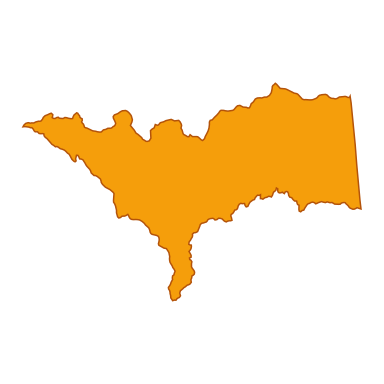 Encruzilhada, Bahia, Brazil (Robinson projection), rotated 180°
{"feature_id": "56859067B66592424293928", "entity_name": "Encruzilhada", "entity_type": "district", "adm_level": 2, "iso_a3": "BRA", "parent_name": "Brazil", "parent_adm1": "Bahia", "projection": "robinson", "projection_center": [-40.923, -15.536], "detail": "fine", "context": "isolated", "style": "filled", "palette": "amber", "viewbox_px": 384, "rotation_deg": 180, "n_neighbors": 0, "source": "geoboundaries", "source_scale": "gbopen_adm2", "svg_char_len": 6056}
<svg xmlns="http://www.w3.org/2000/svg" viewBox="0 0 384 384"><g transform="rotate(180 192 192)"><path d="M23.0,175.0L24.0,183.4L27.3,219.6L28.8,239.2L32.9,281.2L33.9,287.8L34.5,286.5L36.2,286.6L37.6,287.3L38.9,287.6L40.4,287.4L44.6,287.0L47.0,285.5L48.8,285.1L50.6,285.6L51.9,285.6L53.1,285.9L54.9,286.9L56.9,289.0L58.5,289.6L62.1,289.3L64.5,288.7L65.6,287.9L66.7,286.5L67.8,285.7L71.0,284.4L72.8,284.1L74.6,284.1L78.2,284.4L79.8,284.3L81.6,284.8L86.0,289.6L87.1,290.3L89.9,290.9L96.6,294.3L98.2,295.0L99.3,295.2L103.8,295.6L107.4,299.7L108.7,300.7L109.9,299.4L111.0,298.6L111.7,297.5L111.9,295.2L112.7,291.4L114.5,288.6L117.3,286.9L119.7,286.9L122.3,286.0L123.9,286.2L126.7,286.0L128.7,285.0L130.6,282.1L132.8,280.3L133.7,277.7L134.6,276.2L136.1,276.0L137.6,276.7L140.8,276.9L144.1,278.6L146.5,278.2L147.7,277.2L150.2,274.2L151.4,273.6L156.0,272.9L158.7,273.2L160.2,273.6L163.0,273.7L164.3,272.7L165.0,271.4L167.2,268.9L169.6,266.6L171.7,264.2L173.8,263.6L174.6,262.0L174.6,259.3L175.0,256.0L175.9,253.1L177.1,250.6L178.8,247.4L179.5,245.3L181.4,243.5L182.7,244.1L184.7,246.0L186.2,247.2L187.3,247.4L191.5,247.4L193.9,249.3L195.1,247.3L196.7,247.4L198.1,248.4L200.1,249.4L200.9,250.3L201.9,253.9L203.0,255.8L202.4,258.4L202.7,259.8L203.9,262.1L205.3,263.6L209.5,263.1L212.8,264.6L218.0,263.4L220.4,262.2L223.7,261.3L225.4,259.2L226.6,258.7L228.7,259.5L229.8,256.2L232.2,254.7L233.5,253.4L233.1,245.8L234.7,243.2L236.5,242.6L238.1,242.7L239.3,243.6L241.5,244.8L242.3,246.4L246.0,249.6L248.0,250.9L249.8,253.9L253.6,258.5L252.1,262.0L251.6,264.2L252.6,267.9L253.2,269.0L254.6,270.8L256.5,272.6L258.4,273.5L261.7,273.2L263.7,272.2L266.2,270.4L269.6,269.1L270.8,267.4L270.6,265.8L269.0,262.5L268.3,260.6L268.8,259.2L269.5,258.1L270.8,257.5L271.9,256.4L273.0,255.8L276.2,255.7L278.0,254.7L280.6,254.1L282.6,252.1L284.0,251.9L286.6,252.2L288.1,252.7L289.6,252.9L291.4,253.2L297.2,256.0L298.4,256.2L299.5,256.8L300.0,258.5L300.6,259.9L301.6,260.8L302.4,262.1L301.7,263.6L301.9,265.3L302.9,265.7L304.0,266.6L304.5,268.4L305.5,269.4L306.2,270.7L307.3,271.2L309.9,269.1L310.8,267.4L311.4,265.5L312.9,265.3L315.4,265.7L317.4,266.3L319.1,266.5L320.9,265.5L322.9,265.6L324.7,265.8L325.8,266.8L327.4,266.4L328.9,265.5L330.5,265.6L331.8,266.4L331.3,268.1L331.2,269.4L332.8,270.8L334.5,270.2L336.1,269.4L338.9,268.3L340.7,266.6L341.4,265.0L342.9,263.1L344.1,262.7L345.4,262.8L348.1,262.1L350.3,261.0L352.3,261.1L353.9,260.8L355.2,261.3L356.3,261.2L358.3,260.6L360.1,258.9L361.0,257.2L359.7,257.4L358.1,257.3L355.2,256.9L353.6,256.3L352.1,256.3L350.8,254.9L349.8,253.1L348.8,252.2L346.5,252.2L344.9,250.5L343.2,250.3L341.3,250.4L340.2,250.1L339.9,248.2L338.7,246.6L337.1,245.5L332.0,239.6L330.3,238.6L328.6,237.2L327.1,237.5L325.7,236.8L323.7,235.3L321.5,234.7L319.5,233.8L318.2,232.7L316.5,230.9L314.9,229.8L314.0,228.3L312.1,224.7L310.9,223.5L309.9,222.6L308.9,222.2L307.9,223.1L308.4,225.1L307.5,228.7L306.2,228.7L305.2,227.2L304.3,225.1L302.6,224.9L301.1,224.2L299.1,221.1L298.0,219.0L297.0,217.6L294.3,214.7L293.4,213.1L292.8,211.1L290.0,208.5L288.3,208.4L286.7,207.5L283.6,205.0L283.0,203.2L282.7,201.5L281.4,199.5L278.6,196.8L273.9,194.3L271.0,191.8L270.0,190.5L270.5,183.6L270.4,181.8L269.4,180.3L268.5,178.1L267.5,173.8L267.5,171.2L266.4,167.2L265.2,166.0L263.4,166.5L262.2,167.7L261.0,167.9L259.5,167.9L258.1,168.4L256.2,169.6L255.3,168.1L254.7,166.7L253.8,165.4L252.7,164.7L250.7,164.4L248.1,164.5L246.6,164.4L244.5,164.1L241.9,162.6L239.6,160.6L238.5,159.0L236.2,157.0L235.1,155.9L234.3,153.9L233.8,151.7L233.1,150.5L232.0,149.7L227.5,148.6L226.0,147.9L225.2,146.8L224.8,144.9L224.9,143.1L225.6,140.2L225.1,138.7L220.1,135.9L217.6,135.4L215.9,132.8L215.1,131.4L214.3,127.4L214.5,125.4L214.4,123.8L214.0,121.8L213.0,120.0L211.9,118.3L211.2,116.5L210.0,114.9L208.9,112.8L209.7,110.8L210.1,109.1L211.4,108.1L211.7,106.0L211.4,104.6L212.1,103.2L212.9,101.7L213.4,100.1L214.3,98.3L215.6,96.6L215.4,95.0L214.4,93.5L214.0,91.9L213.9,90.4L213.4,88.5L213.2,86.1L211.3,83.3L209.7,83.9L208.0,83.8L207.1,85.2L205.8,86.1L204.7,86.5L203.5,88.2L204.3,90.9L203.6,93.2L201.1,95.3L200.2,96.3L198.8,97.1L196.7,98.9L195.4,99.2L194.1,99.9L192.7,101.7L193.1,104.2L192.3,106.1L192.1,108.0L190.9,108.7L189.7,109.9L189.4,111.8L190.0,113.4L191.9,116.0L192.5,117.2L192.5,120.4L192.1,122.2L193.1,123.8L194.3,124.5L194.5,126.1L192.9,126.8L192.9,128.7L193.7,130.3L195.0,132.5L193.8,133.9L193.0,135.3L192.6,137.3L192.7,138.9L193.8,139.0L195.2,139.7L194.9,142.1L193.6,143.7L192.7,145.4L191.7,147.0L191.4,148.3L191.6,149.8L190.2,151.2L188.3,151.4L186.4,152.4L184.3,157.6L183.7,159.5L182.1,160.8L180.7,161.0L179.0,161.6L177.7,162.0L176.8,163.0L176.1,164.3L175.1,164.9L173.7,165.4L171.1,165.7L170.1,165.2L169.0,164.0L167.1,164.4L165.5,165.7L163.9,165.7L161.9,165.1L159.9,163.1L158.7,162.4L157.6,162.1L156.5,162.8L154.8,163.2L153.4,163.2L152.0,163.7L152.6,166.5L153.2,168.0L152.8,169.6L151.3,170.5L150.1,172.2L149.3,173.9L147.9,174.2L146.9,174.9L146.3,176.1L145.8,178.1L144.7,179.8L143.1,180.7L141.9,180.3L140.8,180.4L139.5,180.5L138.9,178.5L137.8,177.1L136.2,177.6L135.0,180.1L134.0,181.8L131.4,183.8L129.5,184.5L129.0,185.9L127.7,187.6L126.5,188.8L124.8,188.6L123.5,189.3L123.6,185.4L122.3,185.3L121.1,184.8L119.1,186.3L117.2,186.7L115.4,187.7L113.9,187.5L112.6,187.0L111.5,188.8L110.9,190.8L110.3,192.0L109.2,192.7L108.1,194.0L107.6,196.0L106.2,195.1L106.4,193.5L105.7,191.7L104.7,191.1L103.2,191.2L101.6,191.8L100.7,191.0L99.6,190.4L98.9,191.9L97.7,192.5L96.4,192.2L95.6,190.6L95.3,188.6L94.3,186.9L92.3,186.3L90.9,184.4L89.4,183.0L87.4,182.9L86.9,180.8L86.4,179.5L85.0,178.8L85.1,174.6L84.8,172.9L83.3,172.2L81.9,173.5L80.2,173.9L79.3,175.7L77.0,179.2L75.8,180.3L74.5,180.6L73.0,181.5L71.3,181.9L69.5,181.3L68.4,180.2L67.3,180.5L66.0,181.2L63.8,182.0L62.4,182.4L61.3,182.0L58.6,181.4L56.9,182.1L55.7,181.8L54.6,181.4L53.4,181.3L52.0,181.5L49.3,179.9L45.6,179.7L43.8,179.8L42.6,180.9L41.3,181.3L40.0,181.5L38.8,181.3L37.9,180.1L36.8,179.2L35.8,178.2L34.9,176.8L33.9,175.9L31.3,174.8L30.0,174.8L28.4,175.4L27.0,176.3L23.0,175.0Z" fill="#f59e0b" stroke="#b45309" stroke-width="1.5"/></g></svg>